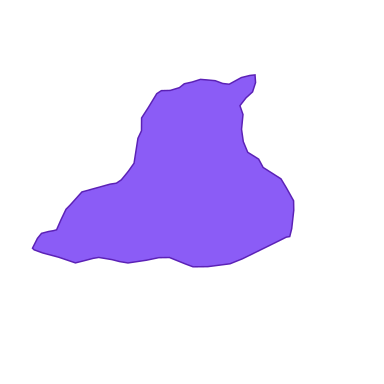 the district of Quebracho, Cerro Largo, Uruguay, rotated 32°
{"feature_id": "84410073B4065456644538", "entity_name": "Quebracho", "entity_type": "district", "adm_level": 2, "iso_a3": "URY", "parent_name": "Uruguay", "parent_adm1": "Cerro Largo", "projection": "equal_earth", "projection_center": [-54.796, -32.593], "detail": "fine", "context": "isolated", "style": "filled", "palette": "violet", "viewbox_px": 384, "rotation_deg": 32, "n_neighbors": 0, "source": "geoboundaries", "source_scale": "gbopen_adm2", "svg_char_len": 996}
<svg xmlns="http://www.w3.org/2000/svg" viewBox="0 0 384 384"><g transform="rotate(32 192 192)"><path d="M298.5,178.0L296.0,170.3L288.0,153.6L282.8,145.6L269.7,138.4L260.5,133.7L239.3,133.5L231.1,128.8L218.2,128.8L208.8,122.1L200.8,112.6L194.2,99.3L186.9,93.4L187.9,83.6L190.3,75.0L187.9,65.5L183.4,59.3L179.3,62.5L173.2,68.8L166.4,80.9L160.5,83.7L152.7,85.3L145.9,88.7L139.5,92.0L133.9,98.6L128.1,104.3L126.0,110.2L119.7,117.4L112.3,122.3L110.0,127.3L110.2,143.4L110.0,155.9L116.7,166.8L117.7,175.1L127.6,198.3L127.0,208.2L126.4,213.3L125.6,219.2L123.2,224.6L118.4,228.7L98.6,250.3L95.6,267.6L94.3,273.4L95.6,284.9L97.2,295.8L95.0,298.2L91.3,301.5L86.3,306.8L85.5,313.2L86.5,324.2L88.8,324.7L97.7,322.8L113.7,317.9L130.7,313.9L136.5,307.9L143.4,300.6L147.6,296.9L160.1,291.7L167.4,289.4L175.3,286.1L189.5,274.0L198.6,265.3L207.6,259.5L224.6,256.5L232.5,254.9L245.0,246.9L262.3,232.7L270.1,222.0L286.3,195.9L295.9,180.3L298.5,178.0Z" fill="#8b5cf6" stroke="#5b21b6" stroke-width="1.5"/></g></svg>